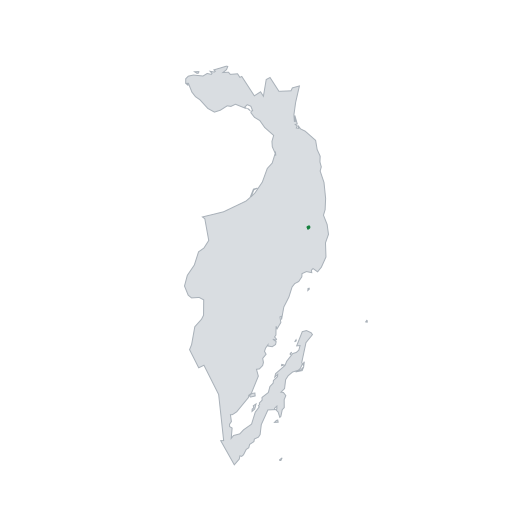 Nuevo Parangaricutiro, Michoacán, Mexico shown in context, rotated 241°
{"feature_id": "50627088B13133644207596", "entity_name": "Nuevo Parangaricutiro", "entity_type": "district", "adm_level": 2, "iso_a3": "MEX", "parent_name": "Mexico", "parent_adm1": "Michoacán", "projection": "albers", "projection_center": [-102.175, 19.394], "detail": "fine", "context": "in_parent", "style": "filled", "palette": "green", "viewbox_px": 512, "rotation_deg": 241, "n_neighbors": 0, "source": "geoboundaries", "source_scale": "gbopen_adm2", "svg_char_len": 4403}
<svg xmlns="http://www.w3.org/2000/svg" viewBox="0 0 512 512"><g transform="rotate(241 256 256)"><path d="M83.9,135.8L111.6,135.6L110.2,138.2L153.0,156.2L185.7,157.5L186.0,151.7L206.3,152.5L209.7,156.7L223.8,168.2L227.1,177.7L229.6,181.4L243.0,189.0L247.3,186.2L250.6,179.3L254.6,177.7L264.4,178.9L272.4,186.6L278.0,197.7L287.5,207.8L288.2,214.3L292.5,222.2L313.4,229.3L316.1,228.1L310.4,249.0L308.9,273.9L310.0,279.2L315.7,286.2L314.7,290.1L314.9,286.2L310.1,280.2L311.7,285.8L317.6,297.4L327.1,308.3L329.4,315.2L336.0,322.1L334.2,322.0L338.0,323.6L336.8,322.6L343.6,323.2L348.5,325.5L352.9,329.9L364.2,325.9L372.6,325.0L378.0,321.9L383.8,321.0L385.0,322.0L384.7,323.5L389.5,324.1L392.6,321.7L391.6,318.1L390.0,319.1L390.4,318.3L398.7,311.6L399.0,306.6L401.3,303.6L400.8,295.5L402.0,289.4L408.4,285.4L419.8,282.7L424.7,280.3L430.4,279.4L439.8,280.6L440.5,279.3L438.0,279.4L441.1,278.2L445.1,280.5L446.1,284.0L444.6,289.0L439.1,296.9L439.3,301.8L436.5,305.0L437.1,306.1L439.8,305.4L437.1,308.7L437.3,310.0L439.2,309.4L436.4,322.1L435.5,323.2L433.3,320.6L432.5,316.0L430.1,321.0L427.3,321.6L424.3,328.2L420.1,328.5L419.9,330.6L396.9,332.2L397.4,339.6L392.1,339.9L405.4,350.5L405.3,354.8L388.9,355.9L383.5,366.7L385.4,369.3L383.7,376.4L371.1,365.1L361.1,357.6L355.1,354.8L354.5,355.6L360.1,358.1L351.5,356.1L352.0,354.1L349.8,355.0L348.4,353.3L346.9,355.2L349.8,356.0L345.5,356.6L341.4,359.5L328.2,364.2L319.5,361.1L312.2,360.5L307.2,357.5L302.3,356.3L299.2,353.3L287.3,351.1L272.6,344.8L263.0,338.9L259.0,334.8L249.1,333.5L239.8,329.9L233.9,323.2L221.2,316.7L214.5,307.7L212.3,302.2L217.4,299.8L216.7,297.5L214.4,296.7L217.9,292.6L218.3,287.7L215.6,286.0L213.0,281.0L213.1,276.5L211.4,272.5L204.1,264.8L197.9,255.6L188.0,247.5L190.9,249.1L191.1,247.4L185.8,245.5L182.1,239.2L184.8,239.5L177.2,235.1L176.2,233.0L173.2,233.6L172.8,232.7L175.1,230.4L171.3,232.1L169.1,230.2L168.8,226.2L171.6,222.7L172.6,223.4L170.8,219.7L168.5,217.2L165.2,217.2L163.2,212.2L159.3,210.9L157.0,208.7L155.6,204.2L156.7,201.5L149.8,199.8L138.2,185.4L137.7,182.1L136.0,181.0L129.1,163.6L128.7,158.4L129.6,156.7L123.1,154.2L121.7,151.3L119.6,150.2L117.1,151.7L108.5,145.9L109.9,149.3L108.3,155.6L110.0,160.8L111.1,170.6L119.8,179.7L122.5,185.7L123.9,185.5L124.5,187.3L125.8,187.6L126.9,191.4L129.4,192.7L130.6,200.6L135.1,204.9L136.5,209.4L138.7,210.9L140.0,216.3L141.9,217.6L141.0,213.7L143.6,216.1L146.2,228.3L149.1,231.9L152.9,240.8L152.1,244.5L152.9,247.8L156.3,251.1L157.7,248.0L167.4,259.8L166.3,264.0L162.2,267.0L159.9,267.3L156.0,257.7L140.6,244.3L139.2,244.4L136.2,240.3L135.6,237.6L136.8,231.8L135.7,226.1L133.5,222.0L126.2,216.7L124.8,211.8L123.3,213.8L119.4,214.4L116.7,211.0L109.7,207.2L108.8,204.4L103.7,200.0L103.3,198.6L108.8,199.7L112.1,198.8L112.0,200.0L114.6,201.5L113.8,198.3L112.5,198.0L115.6,191.8L106.0,178.9L97.8,173.0L96.4,170.3L96.7,165.8L94.7,164.2L94.3,159.1L91.8,156.7L91.6,153.7L88.2,148.7L87.7,146.4L89.0,145.0L86.5,142.9L83.9,135.8ZM137.8,185.6L136.7,188.6L134.0,187.4L135.3,182.8L137.0,182.5L137.8,185.6ZM126.6,184.3L122.8,180.7L122.0,177.2L123.9,178.4L124.3,180.4L126.3,181.0L126.6,184.3ZM445.0,295.4L443.9,294.5L444.3,293.0L446.9,291.6L445.0,295.4ZM136.1,244.2L133.4,240.8L135.4,234.4L134.7,240.2L136.1,244.2ZM102.0,195.5L99.9,194.8L101.5,191.5L102.3,194.1L102.0,195.5ZM66.8,181.0L65.1,178.6L65.6,177.7L66.3,177.8L66.8,181.0ZM138.5,244.4L140.1,247.0L136.6,244.4L138.5,244.4ZM202.4,285.8L202.0,286.9L201.1,286.4L200.7,284.6L202.4,285.8ZM154.1,238.6L154.7,240.6L152.9,238.0L154.1,238.6ZM147.7,225.1L148.7,226.0L147.1,227.7L147.7,225.1ZM146.0,321.7L145.3,321.9L144.2,321.1L145.2,320.0L146.0,321.7ZM387.8,320.9L385.8,321.4L389.2,320.1L387.8,320.9ZM163.3,250.4L162.3,250.1L162.2,248.2L163.3,250.4Z" fill="#d9dde1" stroke="#a8b0b8" stroke-width="1"/><path d="M256.0,314.8L255.9,314.8L255.7,314.8L255.4,314.9L255.2,314.8L255.2,314.7L254.8,314.5L254.7,314.7L254.7,314.8L254.6,315.0L254.4,315.1L254.5,315.4L254.5,315.5L254.7,315.9L254.6,316.0L254.7,316.3L254.8,316.3L254.9,316.5L255.0,316.5L255.0,316.8L255.2,317.0L255.3,317.1L255.2,317.1L255.3,317.1L255.5,317.0L255.5,316.9L255.4,316.9L255.5,316.9L255.6,316.7L255.6,316.8L255.6,316.7L255.7,316.4L255.8,316.5L255.7,316.5L255.8,316.5L255.8,316.4L255.9,316.2L256.0,316.2L256.3,316.0L256.5,316.0L256.6,315.9L256.6,315.7L256.6,315.4L256.5,315.1L256.5,314.9L256.4,314.8L256.2,314.8L256.0,314.8Z" fill="#22c55e" stroke="#15803d" stroke-width="1.5"/></g></svg>